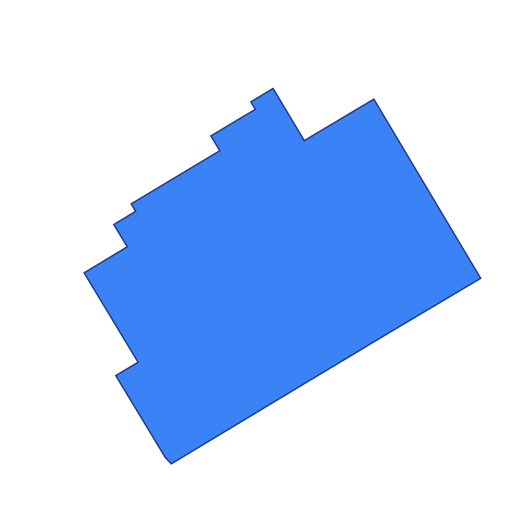 the district of Comanche, Oklahoma, United States of America, rotated 149°
{"feature_id": "52423323B36141291253557", "entity_name": "Comanche", "entity_type": "district", "adm_level": 2, "iso_a3": "USA", "parent_name": "United States of America", "parent_adm1": "Oklahoma", "projection": "orthographic", "projection_center": [-98.458, 34.631], "detail": "fine", "context": "isolated", "style": "filled", "palette": "blue", "viewbox_px": 512, "rotation_deg": 149, "n_neighbors": 0, "source": "geoboundaries", "source_scale": "gbopen_adm2", "svg_char_len": 444}
<svg xmlns="http://www.w3.org/2000/svg" viewBox="0 0 512 512"><g transform="rotate(149 256 256)"><path d="M176.4,121.7L74.9,121.2L74.4,277.6L74.2,329.8L143.6,330.0L155.2,330.0L155.1,390.8L181.0,390.8L181.0,382.1L232.8,382.2L232.8,364.9L336.1,365.0L336.1,356.3L361.7,356.2L361.6,330.2L412.0,330.1L411.8,225.7L437.8,225.7L437.5,130.0L435.7,121.5L290.8,121.7L213.0,121.7L176.4,121.7Z" fill="#3b82f6" stroke="#1e3a8a" stroke-width="1.5"/></g></svg>